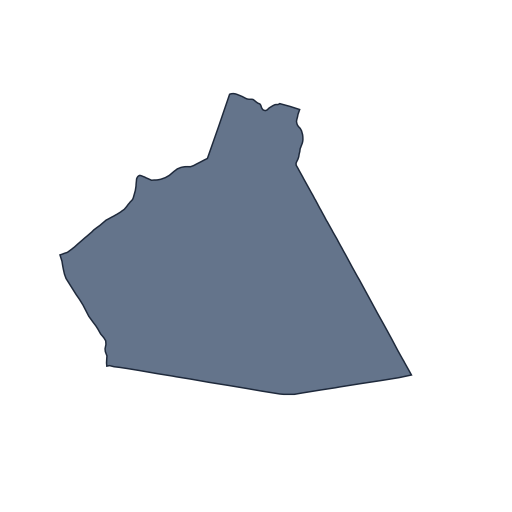 Dujis, North-Eastern, Kenya (Mercator projection), rotated 109°
{"feature_id": "3690345B59068653601742", "entity_name": "Dujis", "entity_type": "district", "adm_level": 2, "iso_a3": "KEN", "parent_name": "Kenya", "parent_adm1": "North-Eastern", "projection": "mercator", "projection_center": [39.729, -0.425], "detail": "fine", "context": "isolated", "style": "filled", "palette": "slate", "viewbox_px": 512, "rotation_deg": 109, "n_neighbors": 0, "source": "geoboundaries", "source_scale": "gbopen_adm2", "svg_char_len": 3689}
<svg xmlns="http://www.w3.org/2000/svg" viewBox="0 0 512 512"><g transform="rotate(109 256 256)"><path d="M103.3,262.4L103.5,272.6L104.2,283.2L105.3,284.1L105.9,285.1L106.2,286.2L106.7,287.2L107.4,288.0L108.2,288.8L109.0,289.5L110.1,290.4L111.3,291.4L112.3,292.1L113.3,292.5L114.6,293.3L115.5,294.5L115.6,295.5L115.6,296.7L115.0,297.8L114.2,298.8L113.2,299.6L112.0,300.5L111.1,301.6L110.9,302.7L110.9,303.8L110.6,305.0L110.1,306.5L109.7,307.5L109.4,308.3L109.0,309.6L109.1,310.7L109.5,312.0L110.0,313.4L110.3,314.6L110.4,315.8L110.3,317.0L110.1,318.4L109.9,319.6L109.7,320.9L109.6,322.5L109.5,323.7L109.5,324.6L109.4,326.1L109.4,327.9L109.6,329.3L109.8,330.3L110.4,331.7L111.1,332.9L111.7,333.6L145.7,333.5L179.6,333.7L180.8,334.9L182.0,336.1L185.2,339.1L188.4,342.2L189.6,343.3L190.7,344.3L191.8,345.6L192.9,347.0L193.4,348.5L193.9,350.1L194.4,351.5L195.0,352.8L195.8,354.3L196.7,355.8L198.0,357.3L199.3,358.8L201.0,359.9L202.6,361.0L205.3,362.6L208.0,364.2L209.8,365.8L211.5,367.3L212.9,369.1L214.3,370.8L215.2,372.3L216.1,373.9L216.8,375.5L217.4,377.2L217.8,378.1L218.4,379.4L218.3,380.4L218.2,381.5L218.0,383.6L217.9,385.4L217.6,387.0L217.6,388.6L217.5,389.8L217.5,391.0L217.6,392.1L218.3,392.9L219.2,393.5L220.5,393.9L222.0,394.0L224.0,393.5L225.7,393.1L227.3,392.7L229.0,392.2L231.3,391.8L233.5,391.4L237.0,391.2L240.4,391.0L241.8,391.0L243.0,391.2L244.4,391.8L245.8,392.5L247.3,393.0L248.7,393.6L250.7,394.2L252.7,394.9L253.6,395.3L254.5,395.6L255.3,396.1L256.1,396.7L257.3,397.6L258.6,398.4L259.8,399.4L261.0,400.4L262.0,401.2L262.8,402.0L264.0,403.0L265.1,404.0L266.0,404.9L266.9,405.7L269.0,407.6L271.0,409.5L271.9,410.0L274.9,411.8L277.7,413.4L280.8,415.6L284.2,417.9L285.7,418.6L287.0,419.2L288.3,420.0L289.7,420.8L292.1,422.2L294.5,423.7L298.4,425.9L302.3,428.2L304.5,429.4L306.7,430.6L308.0,431.5L309.3,432.3L310.9,433.4L312.5,434.5L313.4,435.1L314.3,435.9L315.3,437.3L316.3,438.6L317.1,439.5L317.9,440.5L318.8,441.7L324.2,437.7L327.8,435.8L331.3,433.8L335.5,431.2L339.1,428.3L351.1,413.4L354.3,409.0L358.7,403.6L367.5,394.4L371.7,388.4L374.1,384.8L376.4,381.9L380.3,377.5L382.8,373.3L385.1,370.5L388.4,369.1L392.9,368.5L395.5,367.3L399.0,364.4L402.7,363.4L405.8,362.5L408.7,361.2L407.3,358.8L406.9,354.2L405.7,348.7L404.3,341.1L402.3,329.4L399.4,311.2L396.7,295.9L396.2,292.3L393.6,277.5L390.7,259.0L387.4,240.3L384.3,221.8L381.9,206.8L378.7,188.5L377.7,184.5L374.3,174.7L370.5,167.8L361.6,151.2L354.7,138.0L352.7,134.5L342.8,115.9L335.8,102.5L333.3,97.7L324.4,81.1L317.9,70.3L314.0,74.6L313.2,75.5L308.3,81.0L307.6,81.7L305.8,83.8L302.6,87.4L299.0,91.4L289.9,101.1L279.6,112.4L270.4,122.7L263.2,130.5L253.6,141.0L244.9,150.5L242.5,153.3L235.4,161.2L225.6,171.8L222.6,175.2L220.7,177.2L220.0,178.0L219.3,178.8L217.4,180.9L215.3,183.2L214.6,183.9L213.4,185.2L208.0,191.4L207.2,192.2L204.8,194.9L200.4,199.8L199.8,200.6L199.0,201.5L197.3,203.3L196.6,204.0L195.8,204.9L193.9,207.0L191.2,209.9L190.3,211.0L188.7,212.7L187.7,213.8L186.7,214.8L184.7,217.0L183.9,217.8L183.2,218.7L182.5,219.5L181.7,220.3L180.1,222.0L178.0,224.4L172.5,230.5L167.1,236.5L166.4,237.2L164.5,239.3L161.0,243.2L159.6,244.7L158.8,245.6L158.2,246.3L157.2,247.5L155.4,248.3L154.0,248.3L151.8,248.0L150.9,247.9L149.6,247.9L148.3,247.9L147.2,248.1L145.5,248.4L144.1,248.5L143.0,248.6L142.1,248.8L141.1,249.0L140.0,249.2L138.8,249.1L137.6,249.1L134.9,249.0L134.0,249.0L132.8,249.1L131.7,249.3L130.5,249.6L128.9,250.2L128.1,250.5L126.2,251.4L125.3,252.0L123.4,253.3L122.7,253.8L121.9,254.7L120.9,255.8L120.3,257.1L119.6,258.2L119.0,259.1L118.3,259.8L117.4,260.5L115.7,261.5L114.1,261.8L113.2,261.9L111.5,262.0L110.5,262.1L108.5,262.4L103.3,262.4Z" fill="#64748b" stroke="#1e293b" stroke-width="1.5"/></g></svg>